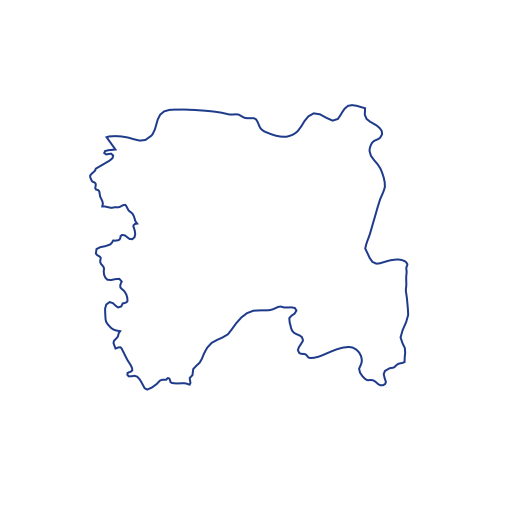 Guanajuato, Natural Earth projection, rotated 65°
{"feature_id": "MEX-2728", "entity_name": "Guanajuato", "entity_type": "State", "adm_level": 1, "iso_a3": "MEX", "parent_name": "Mexico", "parent_adm1": "", "projection": "natural_earth1", "projection_center": [-100.934, 20.889], "detail": "fine", "context": "isolated", "style": "outline", "palette": "blue", "viewbox_px": 512, "rotation_deg": 65, "n_neighbors": 0, "source": "natural_earth", "source_scale": "10m", "svg_char_len": 5716}
<svg xmlns="http://www.w3.org/2000/svg" viewBox="0 0 512 512"><g transform="rotate(65 256 256)"><path d="M414.9,166.2L414.8,168.5L414.2,170.7L413.9,172.8L414.3,175.0L415.2,177.5L415.2,179.0L414.7,180.4L414.2,182.6L414.7,187.8L417.1,190.2L420.9,191.0L425.1,191.5L426.6,193.1L426.8,195.4L425.9,197.6L424.2,199.2L422.4,200.0L420.6,200.8L419.0,201.7L417.7,203.0L416.7,204.8L416.2,206.3L415.4,207.8L413.4,209.1L409.8,210.4L405.6,211.0L401.7,210.2L399.1,207.2L397.3,205.4L395.3,204.2L393.1,203.5L390.8,203.1L387.1,203.3L383.3,204.6L379.9,207.0L377.6,210.4L375.7,216.1L374.7,222.2L374.3,228.5L374.1,234.6L374.0,238.5L373.6,242.6L372.7,246.6L371.3,250.1L370.1,251.4L368.8,251.8L367.5,252.0L366.2,252.6L365.1,253.8L364.3,255.4L363.4,256.8L362.1,257.8L359.0,257.8L356.8,255.7L355.0,252.8L353.2,250.0L352.9,249.6L352.5,249.3L352.1,249.1L351.6,248.9L348.9,248.7L346.5,250.0L344.2,252.1L341.9,253.9L339.2,254.8L336.3,254.7L333.4,254.1L330.5,253.6L326.4,252.1L325.1,249.0L324.5,245.3L322.5,242.4L319.5,242.8L317.5,245.6L315.9,249.4L314.4,252.5L312.3,254.9L311.5,257.4L311.5,260.2L311.4,263.5L310.9,266.3L309.9,269.0L308.7,271.6L307.5,274.1L304.5,281.4L304.0,288.3L305.5,295.2L308.5,302.2L310.2,305.3L311.9,308.3L313.5,311.4L315.1,314.6L315.7,320.8L315.6,326.9L316.0,332.9L318.3,338.6L318.8,339.4L319.4,340.2L319.9,341.0L320.4,341.7L323.2,345.2L326.3,348.5L328.9,352.2L330.3,356.6L331.9,360.6L334.5,362.3L337.1,363.9L338.5,367.5L340.2,368.3L341.9,368.6L343.5,369.2L344.5,370.6L342.2,373.0L340.9,374.9L340.0,377.0L338.8,379.9L338.1,381.5L336.8,383.9L335.4,386.0L334.1,386.8L333.3,386.6L332.1,386.4L330.9,386.3L330.1,386.6L329.4,387.6L329.6,388.5L330.0,389.2L330.2,389.7L329.7,390.8L328.9,392.4L328.4,394.1L328.4,395.9L330.0,399.9L331.2,405.8L331.1,411.0L328.8,412.8L325.4,413.0L321.9,413.2L318.5,413.6L315.3,414.6L313.3,416.6L312.4,419.6L311.3,422.2L309.3,422.8L307.7,421.8L307.7,420.2L307.9,418.4L307.4,416.5L305.2,415.7L301.8,415.7L298.3,416.2L295.9,416.5L293.4,416.6L290.9,416.7L288.4,416.7L285.9,416.8L283.0,416.9L281.5,417.4L280.8,419.0L280.5,422.4L277.1,422.2L274.6,421.9L272.8,420.5L271.6,417.2L270.7,415.3L269.4,414.2L267.9,413.0L266.7,410.9L264.6,414.0L262.6,416.1L260.3,417.6L257.0,418.7L254.6,419.4L252.2,419.6L249.8,419.1L247.5,418.2L244.0,416.8L239.9,415.0L236.7,412.2L235.9,408.1L238.3,405.6L241.6,404.3L244.3,402.8L244.8,399.5L244.2,398.8L243.7,398.1L243.1,397.4L242.6,396.8L243.0,395.3L243.2,393.9L243.1,392.6L242.5,391.5L239.4,390.3L235.9,389.8L232.3,390.2L229.3,391.5L227.3,392.2L225.5,391.6L223.8,390.2L222.4,388.5L219.0,389.5L217.5,393.3L216.5,397.7L214.6,400.8L211.9,401.7L208.8,401.6L205.8,400.6L203.3,399.1L201.4,398.8L199.7,399.2L197.9,399.8L196.0,399.8L194.8,399.4L193.7,398.6L192.6,397.8L191.8,397.5L190.4,397.9L189.1,398.9L187.7,399.7L186.1,400.1L182.3,397.6L182.2,393.4L183.4,388.4L183.9,383.7L183.7,382.7L183.3,381.6L182.8,380.5L182.2,379.8L181.6,378.9L181.8,378.3L182.4,377.7L182.7,377.0L182.9,375.9L183.3,375.0L183.5,374.1L183.4,372.8L182.6,371.6L181.6,370.9L180.7,370.2L180.3,368.6L181.8,366.2L184.5,364.8L187.1,363.4L188.5,361.0L187.6,358.1L185.1,356.2L181.9,355.2L179.2,354.8L177.4,354.7L176.3,353.8L175.8,352.2L176.4,350.0L173.7,350.6L168.6,349.9L165.7,350.0L164.4,350.5L161.5,352.0L160.2,352.3L155.5,352.5L154.4,352.9L153.9,354.2L153.8,355.9L153.9,357.7L153.9,359.2L153.4,360.9L152.2,363.1L151.9,364.5L151.1,367.0L147.2,372.1L146.1,374.4L143.8,372.6L141.2,372.1L136.2,372.1L132.2,371.0L130.9,370.8L129.6,371.2L128.2,372.8L126.9,373.1L126.2,372.8L123.9,371.2L122.6,370.8L121.2,371.2L119.5,372.8L118.1,373.1L114.7,373.0L113.0,372.3L112.0,370.2L110.8,366.2L110.3,365.4L109.6,364.9L109.1,364.0L107.7,348.5L106.7,344.7L104.5,343.0L102.0,344.1L100.6,348.9L98.5,350.0L97.1,348.4L97.8,344.8L100.1,338.4L85.2,341.2L85.6,338.5L87.9,332.8L90.8,327.4L94.5,322.0L98.6,317.3L102.3,312.6L104.1,307.2L102.8,300.2L102.6,299.7L102.4,299.2L102.1,298.7L101.9,298.2L98.5,294.1L94.6,290.7L90.7,287.3L87.4,283.1L86.1,278.1L87.0,272.7L89.1,267.5L91.3,262.7L91.8,261.8L92.2,260.8L92.6,259.8L93.1,258.9L94.5,256.1L96.0,253.3L97.4,250.5L98.9,247.8L102.9,240.6L107.0,233.6L111.4,226.9L116.3,220.6L117.1,219.2L117.8,217.7L118.4,216.1L119.0,214.5L120.4,212.1L122.3,210.6L124.5,209.2L126.4,207.4L127.5,205.5L128.4,203.5L129.3,201.6L130.3,199.6L132.2,198.2L135.0,197.9L137.9,198.0L140.2,198.1L142.3,197.9L144.3,197.2L146.2,196.1L147.9,194.7L151.7,191.1L155.2,187.4L158.2,183.2L160.7,178.3L161.3,175.1L161.6,171.8L161.3,168.5L160.4,165.3L157.6,160.1L154.2,155.0L151.6,149.6L151.1,143.4L154.7,138.1L160.7,133.7L165.7,129.3L166.4,123.9L164.3,120.3L162.0,116.9L159.9,113.3L158.8,109.2L159.8,105.3L162.4,101.3L165.6,97.7L168.2,94.7L173.9,97.7L178.4,97.9L182.6,95.8L187.8,92.1L188.1,91.9L188.4,91.7L188.8,91.5L189.1,91.3L192.5,89.8L195.9,89.2L199.0,90.3L201.3,93.6L201.7,96.0L201.6,98.5L201.7,100.9L202.6,103.2L203.8,104.8L205.4,106.4L207.0,107.7L208.7,108.7L213.7,109.5L218.9,108.5L224.3,107.0L229.4,106.3L233.9,106.5L238.8,107.1L243.6,108.2L247.9,110.0L250.3,112.1L252.6,114.5L254.8,117.0L257.0,119.5L263.6,125.5L270.3,131.3L277.0,137.2L283.7,143.0L286.6,145.8L289.5,148.8L292.5,151.6L295.5,153.9L300.3,153.8L305.7,153.8L310.5,153.0L313.8,150.2L314.9,147.1L315.5,143.2L316.1,139.3L316.7,135.9L317.4,133.7L318.1,131.5L318.9,129.3L320.0,127.4L321.0,125.9L322.4,124.4L323.8,123.2L325.3,122.5L327.4,122.3L328.5,123.0L329.3,124.0L330.3,124.8L332.0,125.5L333.4,125.9L334.7,126.5L336.5,127.6L339.0,129.0L341.7,130.2L344.5,131.4L347.1,132.7L348.7,133.8L350.4,134.7L352.1,135.3L353.9,135.8L358.7,137.3L363.4,139.0L368.1,140.7L372.8,142.6L373.1,142.7L373.5,142.9L373.8,143.1L374.1,143.3L379.5,148.0L385.1,154.4L390.9,159.4L397.1,160.1L402.3,160.0L406.6,161.6L410.6,164.0L414.9,166.2Z" fill="none" stroke="#1e3a8a" stroke-width="2"/></g></svg>